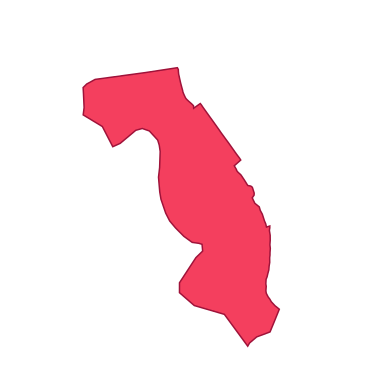 the district of Faux A Chaud, Castries, Saint Lucia, rotated 41°
{"feature_id": "8701671B10526359848248", "entity_name": "Faux A Chaud", "entity_type": "district", "adm_level": 2, "iso_a3": "LCA", "parent_name": "Saint Lucia", "parent_adm1": "Castries", "projection": "robinson", "projection_center": [-60.995, 14.009], "detail": "fine", "context": "isolated", "style": "filled", "palette": "rose", "viewbox_px": 384, "rotation_deg": 41, "n_neighbors": 0, "source": "geoboundaries", "source_scale": "gbopen_adm2", "svg_char_len": 1613}
<svg xmlns="http://www.w3.org/2000/svg" viewBox="0 0 384 384"><g transform="rotate(41 192 192)"><path d="M273.0,166.6L271.2,169.6L268.6,167.7L265.7,166.3L259.6,162.6L255.6,161.1L252.5,159.1L246.8,159.3L241.3,156.9L240.9,153.6L239.6,152.0L234.7,149.0L233.7,148.8L232.4,149.0L229.8,150.5L223.6,148.6L217.7,147.0L213.7,146.9L211.6,146.5L210.8,145.9L206.7,144.5L207.8,135.9L205.8,135.3L200.2,134.1L194.1,132.6L187.1,130.9L183.0,130.0L174.7,128.1L171.7,127.3L161.3,124.8L157.0,123.8L144.8,120.9L141.9,120.1L140.2,119.8L138.3,127.7L136.5,125.9L133.7,125.7L131.9,125.7L130.1,125.7L127.6,125.6L125.9,125.4L123.9,124.6L121.3,123.4L119.4,122.4L118.3,121.5L116.5,120.3L112.2,117.4L108.1,114.4L106.4,113.1L104.7,111.9L102.5,109.8L101.3,108.5L100.5,108.2L99.4,107.8L78.6,132.3L45.0,170.6L41.7,179.5L41.3,184.6L45.4,188.8L55.2,199.1L59.3,205.2L81.4,201.4L102.5,209.8L105.9,202.4L109.1,182.3L112.8,176.7L119.8,173.9L132.0,175.3L136.5,178.1L141.4,182.3L151.6,194.9L157.0,202.8L167.6,213.1L173.3,217.8L186.0,225.2L194.2,228.5L203.1,229.9L215.0,230.8L225.2,229.9L230.9,226.2L233.9,224.9L238.8,229.6L238.0,238.9L242.1,268.7L248.6,276.2L251.1,276.2L268.2,276.2L296.7,263.1L335.2,271.8L334.5,268.2L335.9,258.9L342.7,246.4L339.3,236.3L334.8,223.2L334.1,223.2L331.1,223.3L329.4,223.4L323.8,222.8L321.0,221.8L318.2,221.2L314.5,219.7L312.6,218.1L309.9,214.5L308.0,212.9L305.2,209.3L304.3,206.7L302.9,204.1L301.1,200.4L298.8,197.3L296.9,194.2L293.7,190.6L292.3,188.5L290.5,186.4L288.2,183.3L285.4,180.7L282.6,177.0L279.4,173.4L275.7,170.3L274.9,169.1L274.3,168.1L273.0,166.6Z" fill="#f43f5e" stroke="#9f1239" stroke-width="1.5"/></g></svg>